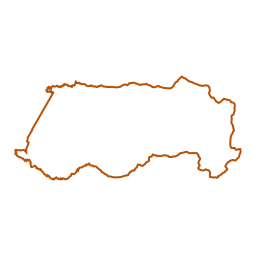 outline of Pradera, Valle del Cauca, Colombia
{"feature_id": "7082276B33285563238152", "entity_name": "Pradera", "entity_type": "district", "adm_level": 2, "iso_a3": "COL", "parent_name": "Colombia", "parent_adm1": "Valle del Cauca", "projection": "orthographic", "projection_center": [-76.213, 3.422], "detail": "fine", "context": "isolated", "style": "outline", "palette": "amber", "viewbox_px": 256, "rotation_deg": 0, "n_neighbors": 0, "source": "geoboundaries", "source_scale": "gbopen_adm2", "svg_char_len": 5666}
<svg xmlns="http://www.w3.org/2000/svg" viewBox="0 0 256 256"><path d="M234.9,106.0L234.5,103.8L234.2,103.3L233.0,102.6L231.0,102.2L230.5,101.0L229.8,100.4L228.4,99.8L227.0,99.8L224.5,98.9L223.7,98.9L220.8,101.7L219.3,102.8L218.5,102.8L217.5,102.1L216.6,101.9L216.1,101.4L215.3,100.0L214.4,99.1L213.8,97.8L213.2,97.5L211.6,97.7L209.6,94.9L208.9,93.0L209.8,91.0L209.8,89.8L209.4,87.5L208.2,85.9L207.7,85.6L205.6,85.3L204.1,85.7L202.0,85.8L199.4,85.3L195.5,83.7L193.9,83.3L192.5,82.3L190.3,81.6L189.1,81.4L185.7,78.7L182.9,77.5L182.0,76.6L181.5,76.8L178.0,80.2L177.2,81.5L175.7,82.3L174.2,84.4L173.6,85.8L171.8,87.7L171.3,88.0L169.0,88.4L163.9,87.9L159.7,86.8L159.1,86.3L158.3,86.0L157.5,86.1L155.2,87.2L154.2,87.3L153.4,87.0L152.5,87.1L150.2,85.4L148.4,85.1L147.2,84.5L146.3,83.8L145.4,84.2L141.7,84.5L140.3,85.0L139.7,84.7L139.1,84.6L136.2,83.5L135.3,83.4L134.4,82.8L133.9,82.7L131.6,83.0L130.7,83.4L130.1,83.1L128.9,83.5L128.3,84.6L127.2,85.3L126.2,84.6L125.1,84.5L123.3,84.9L121.9,85.7L120.7,86.7L116.7,87.4L115.7,87.4L114.7,87.0L113.3,87.2L111.7,86.8L110.1,87.1L109.1,86.9L108.7,87.1L108.1,86.8L107.1,87.1L105.1,86.5L104.0,86.7L103.3,86.4L102.7,85.9L101.2,85.3L100.0,86.0L99.6,86.1L99.0,85.9L98.1,86.7L97.3,86.9L96.8,86.7L96.2,87.0L95.3,86.4L93.4,86.5L91.8,85.6L91.4,85.7L91.2,85.5L90.6,86.0L90.1,85.8L89.2,86.1L87.4,86.1L86.3,85.6L85.8,84.8L84.7,84.2L83.8,84.0L83.4,84.2L81.8,84.1L81.3,83.7L80.8,83.6L80.4,83.8L79.8,83.5L79.8,83.2L79.3,82.8L78.6,83.2L78.1,83.2L77.8,83.0L77.4,83.0L77.4,82.7L76.9,82.4L76.3,82.2L75.8,81.6L75.5,82.1L75.5,83.3L75.0,83.9L74.8,85.0L73.9,85.6L72.6,85.3L72.4,86.1L71.9,86.9L71.7,86.8L71.4,86.0L71.0,86.0L70.5,86.4L68.2,86.0L67.6,84.9L66.9,84.9L66.3,84.5L65.5,84.8L64.7,84.1L64.2,84.5L63.8,84.4L63.4,84.7L63.2,85.4L63.4,85.7L62.9,85.9L62.7,86.2L61.9,86.1L61.5,86.5L61.1,86.1L60.6,86.2L60.4,86.5L60.5,87.0L60.3,87.2L59.3,87.1L58.9,86.7L57.9,86.6L57.3,85.7L54.8,86.7L54.0,86.6L53.1,86.0L52.2,86.3L51.4,87.3L51.5,87.7L51.0,88.8L50.8,88.7L51.0,87.7L50.0,88.3L50.0,87.4L49.0,86.8L48.6,86.9L48.6,87.6L47.9,87.8L48.2,88.3L47.8,89.1L47.2,89.2L46.6,89.6L46.5,89.9L46.9,90.3L46.6,91.0L46.9,91.1L47.4,91.8L48.0,92.0L49.6,91.3L49.8,91.3L49.9,91.6L50.3,91.8L50.5,91.0L50.8,90.9L50.9,91.5L52.1,92.0L52.0,92.9L52.2,93.1L53.7,91.9L32.7,128.5L31.9,130.0L32.1,130.2L27.9,137.4L27.1,141.6L28.6,142.5L28.1,144.5L26.1,149.3L26.3,152.3L24.5,150.3L23.8,150.0L22.0,150.2L21.2,150.5L20.4,150.2L17.6,150.3L16.6,149.8L15.9,149.9L15.4,150.1L15.4,150.5L15.6,151.6L16.0,151.8L16.2,152.4L15.8,152.5L15.9,152.8L15.4,153.6L15.4,154.1L16.8,154.7L16.8,155.2L17.5,156.2L21.6,157.9L22.0,158.3L23.1,158.6L23.5,159.5L24.5,159.9L24.8,160.6L25.2,160.2L25.8,160.2L26.2,160.6L26.3,160.1L26.6,160.4L27.2,160.4L27.3,160.2L27.5,160.5L28.1,160.1L29.3,159.8L29.6,160.3L29.4,160.5L29.5,161.0L30.3,161.7L30.8,162.6L30.4,163.4L30.9,165.3L30.9,166.0L31.5,167.1L33.9,166.4L34.9,165.7L36.5,167.3L36.6,168.3L37.4,168.2L38.9,169.3L39.9,169.1L40.8,169.3L41.0,169.7L40.8,170.1L41.4,170.4L41.6,171.1L42.4,171.6L42.9,172.3L43.5,172.8L44.3,174.3L45.9,174.9L46.7,176.3L47.3,176.2L47.7,175.5L48.0,176.0L48.8,175.9L49.0,176.7L49.5,176.9L50.9,178.4L53.0,179.4L54.1,179.2L54.0,178.6L54.8,178.6L55.5,178.2L56.2,177.4L56.4,177.6L56.4,178.2L58.3,178.9L58.6,178.5L60.1,179.2L60.5,178.6L61.2,179.3L61.8,179.4L62.1,179.3L62.6,178.3L63.7,178.5L64.9,179.3L67.5,178.8L69.9,176.5L70.9,175.8L71.5,173.9L72.8,173.9L73.7,174.2L75.1,173.3L76.5,171.9L76.5,171.6L77.0,171.1L76.8,170.4L77.0,170.0L77.3,169.8L77.5,169.5L78.0,170.0L78.0,169.3L78.2,169.1L78.3,169.4L78.6,169.4L79.4,167.8L79.9,167.6L81.3,167.5L82.1,167.3L83.3,166.4L84.7,165.9L86.1,164.6L86.4,164.6L86.6,165.1L87.3,164.4L88.3,164.2L89.0,163.6L89.2,163.9L89.3,164.5L89.9,164.5L90.2,165.1L91.4,165.6L92.6,165.5L93.2,166.4L95.1,166.3L96.2,166.6L98.4,168.8L101.1,170.6L101.8,172.1L103.4,172.7L103.8,173.2L104.9,174.1L106.7,174.7L107.0,175.1L107.5,175.4L107.7,176.0L108.1,176.3L110.0,176.3L111.0,176.7L114.3,177.4L118.1,177.3L120.8,177.0L125.8,175.5L127.7,175.3L128.2,174.9L128.4,174.2L129.5,173.0L129.9,172.1L131.1,171.7L132.0,170.7L133.0,170.4L134.4,170.5L134.8,169.4L135.8,168.1L137.2,166.9L137.5,165.3L138.2,164.5L139.6,164.8L140.7,165.2L141.1,165.6L141.5,165.5L142.1,165.9L143.2,165.5L144.3,164.4L145.2,163.9L145.9,162.8L146.4,162.6L146.7,162.0L147.9,161.6L148.7,161.1L149.1,160.4L148.9,158.5L149.3,157.1L151.6,156.6L152.0,155.7L152.9,154.5L153.8,155.1L156.1,155.4L157.0,156.1L157.8,155.8L158.7,156.1L160.2,155.8L161.8,155.9L164.3,155.2L168.1,155.9L168.7,156.8L171.0,157.1L172.2,156.8L173.1,156.4L174.4,156.6L175.1,156.5L177.8,155.2L180.6,153.0L182.4,152.9L186.1,151.8L187.4,152.0L188.9,153.1L192.7,153.1L193.9,152.9L194.7,153.1L196.6,153.1L197.0,153.3L198.5,155.1L198.5,156.3L200.1,158.4L199.7,159.9L198.8,161.3L198.4,162.4L198.5,163.2L199.7,165.7L198.4,167.6L198.3,168.1L198.6,169.0L200.3,169.9L202.5,170.5L204.4,170.2L205.7,169.3L207.0,169.9L208.6,170.2L209.4,171.2L210.0,172.6L210.1,173.3L209.8,176.0L210.0,176.9L213.4,177.5L215.9,177.3L216.8,177.8L217.8,177.4L218.1,177.1L218.1,176.3L218.7,176.2L221.3,174.4L223.0,172.8L224.3,172.4L225.1,171.6L225.3,171.2L227.1,169.7L227.2,169.3L226.9,168.5L225.4,166.4L225.8,165.2L227.2,163.1L229.6,161.1L231.5,160.3L232.8,159.9L235.0,160.6L235.6,160.5L237.5,158.4L238.8,157.4L239.8,153.9L240.6,152.1L240.6,151.5L240.2,149.0L238.9,149.1L236.7,149.8L235.8,149.7L234.5,147.9L232.6,148.1L231.2,147.8L230.3,145.5L230.3,142.7L230.7,137.0L231.5,134.8L232.6,133.4L232.7,132.3L233.0,131.6L233.6,131.1L234.0,129.9L233.5,129.1L232.9,125.5L231.7,123.5L231.4,122.6L231.7,119.3L231.5,116.1L231.8,115.4L233.3,114.6L233.9,113.6L234.2,111.8L234.7,110.8L234.4,108.0L234.9,106.0Z" fill="none" stroke="#b45309" stroke-width="2"/></svg>